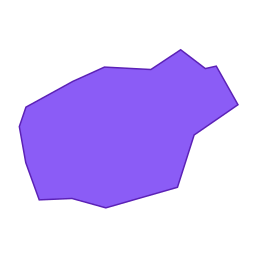 map outline of Gyôr (orthographic projection), rotated 183°
{"feature_id": "HUN-4905", "entity_name": "Gyôr", "entity_type": "Urban county", "adm_level": 1, "iso_a3": "HUN", "parent_name": "Hungary", "parent_adm1": "", "projection": "orthographic", "projection_center": [17.664, 47.662], "detail": "fine", "context": "isolated", "style": "filled", "palette": "violet", "viewbox_px": 256, "rotation_deg": 183, "n_neighbors": 0, "source": "natural_earth", "source_scale": "10m", "svg_char_len": 351}
<svg xmlns="http://www.w3.org/2000/svg" viewBox="0 0 256 256"><g transform="rotate(183 128 128)"><path d="M146.0,47.1L180.2,54.7L212.9,51.6L228.3,88.1L236.6,123.7L231.0,143.5L185.5,171.7L154.7,187.6L108.2,187.6L79.5,208.9L53.9,191.4L43.1,194.4L19.4,157.0L61.6,124.5L75.5,71.4L146.0,47.1Z" fill="#8b5cf6" stroke="#5b21b6" stroke-width="1.5"/></g></svg>